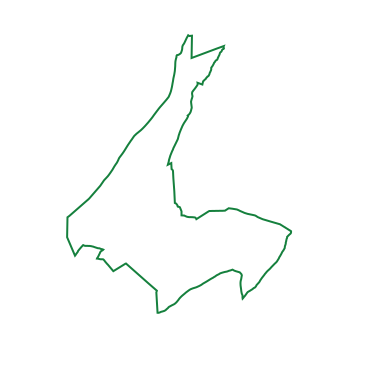 the district of Eldas, North-Eastern, Kenya, rotated 224°
{"feature_id": "3690345B40849356023427", "entity_name": "Eldas", "entity_type": "district", "adm_level": 2, "iso_a3": "KEN", "parent_name": "Kenya", "parent_adm1": "North-Eastern", "projection": "equal_earth", "projection_center": [39.451, 2.194], "detail": "fine", "context": "isolated", "style": "outline", "palette": "green", "viewbox_px": 384, "rotation_deg": 224, "n_neighbors": 0, "source": "geoboundaries", "source_scale": "gbopen_adm2", "svg_char_len": 5973}
<svg xmlns="http://www.w3.org/2000/svg" viewBox="0 0 384 384"><g transform="rotate(224 192 192)"><path d="M264.0,87.3L250.4,72.7L235.0,66.2L231.9,64.9L232.0,65.9L232.2,66.6L232.6,69.6L233.0,70.5L233.2,72.6L233.4,76.0L233.4,78.2L233.2,78.3L232.5,78.5L232.0,78.7L231.4,79.1L230.7,79.7L229.9,80.5L228.9,81.4L228.3,82.0L227.3,82.7L226.6,83.2L226.0,83.5L225.1,84.1L223.9,84.6L223.3,84.9L220.8,86.1L220.1,86.6L219.6,87.1L218.7,87.5L217.9,87.8L217.2,88.2L216.6,88.6L215.8,88.9L215.8,88.2L216.0,87.4L216.3,86.3L216.2,84.9L215.6,83.5L215.4,82.7L215.0,81.6L214.4,79.6L214.3,78.6L214.1,78.1L213.6,78.5L212.2,79.4L211.3,79.9L209.8,81.3L209.2,81.8L208.8,81.9L208.1,81.9L207.3,81.8L206.1,81.6L203.0,81.3L202.1,81.3L193.6,80.4L190.8,91.3L190.1,94.1L189.8,94.7L160.3,96.0L148.7,96.6L147.9,95.0L132.9,81.2L132.2,81.8L131.7,82.6L131.4,83.2L131.2,83.9L130.9,84.5L130.1,85.8L129.3,87.3L129.1,88.0L128.9,88.8L128.9,89.7L128.8,90.8L128.7,91.8L128.8,92.7L128.7,93.6L128.5,94.1L128.2,95.1L127.8,96.4L127.4,97.5L127.1,98.3L126.8,99.3L126.7,100.1L126.6,101.3L126.6,102.3L126.7,103.6L126.8,104.8L127.0,106.1L127.1,107.2L127.1,108.2L127.1,109.5L127.0,110.8L126.7,113.6L126.5,115.8L125.9,119.4L125.7,120.2L125.5,121.0L125.0,122.1L124.5,123.2L123.4,125.2L122.9,126.1L122.4,127.2L121.5,129.5L121.1,130.7L120.8,131.7L120.4,133.9L119.7,136.3L119.2,138.1L118.4,141.3L117.8,143.5L117.4,144.6L117.0,146.4L116.7,147.3L116.6,148.1L116.4,149.2L115.5,151.7L115.3,152.8L114.7,154.1L114.2,155.0L112.9,157.2L111.7,158.9L111.3,159.6L110.8,160.8L109.7,162.6L109.3,163.5L108.9,164.3L107.0,164.8L106.3,165.1L105.4,165.5L102.6,167.0L101.7,167.4L100.6,167.3L99.3,167.2L98.7,166.9L98.2,166.6L97.5,165.5L96.8,164.5L96.0,163.3L95.3,162.0L94.5,160.9L93.5,159.8L92.0,158.4L88.7,155.8L88.0,155.2L87.1,154.5L85.5,153.4L84.6,153.1L83.6,152.5L82.3,151.1L81.5,150.5L81.5,151.2L81.7,152.1L81.7,152.5L81.8,154.3L82.4,158.2L82.4,158.8L82.3,159.1L82.1,159.9L81.8,160.8L81.6,161.7L81.2,163.3L81.0,164.1L80.9,165.6L80.8,165.9L80.5,166.6L80.4,167.0L80.4,167.9L80.5,168.7L80.9,169.9L80.9,170.2L81.0,173.7L81.2,174.8L81.5,175.6L81.6,176.3L82.0,178.6L82.3,181.5L82.4,182.5L82.6,183.6L82.7,185.5L82.8,186.3L82.8,188.0L82.7,189.3L82.6,191.1L82.7,193.0L82.7,193.9L82.7,198.0L82.6,199.2L82.6,199.6L82.6,200.4L82.7,201.4L82.9,202.1L83.1,203.1L83.3,204.1L83.4,204.5L83.9,205.8L84.1,207.0L84.6,208.9L84.9,210.0L85.1,210.5L85.5,211.9L85.6,212.7L85.6,213.3L85.7,213.5L86.3,215.9L86.4,216.1L87.1,217.0L87.7,217.9L87.9,218.5L88.4,219.4L88.6,219.9L89.3,220.6L89.6,221.1L89.9,221.8L90.1,222.0L90.4,222.4L90.7,223.0L91.2,223.7L91.4,224.1L91.7,225.0L92.2,225.6L92.4,225.8L92.4,227.1L92.4,228.2L92.3,229.6L92.2,230.3L92.3,230.9L92.4,231.3L92.8,231.9L93.5,232.6L106.3,229.9L114.8,225.4L122.3,221.5L127.3,219.6L129.5,219.2L130.6,218.8L132.7,217.5L136.8,214.9L139.8,213.4L140.7,213.1L144.4,211.7L145.8,211.3L147.6,210.6L151.5,207.9L154.3,205.8L155.3,201.5L156.8,199.9L166.3,190.4L166.6,189.6L170.0,175.5L170.7,175.8L171.7,175.9L172.4,175.6L174.3,174.1L176.5,172.0L178.2,170.8L179.9,170.1L181.2,169.7L182.0,169.0L183.3,167.9L186.1,170.8L190.1,172.6L190.6,172.5L191.2,172.1L191.6,171.9L191.9,171.7L192.1,171.6L192.4,171.7L192.6,172.0L193.0,172.2L193.8,172.4L194.8,172.6L195.6,172.6L196.5,172.3L196.7,172.2L205.3,180.3L214.8,188.8L217.7,191.5L219.6,193.3L220.7,194.2L221.9,194.4L222.6,194.3L227.0,198.4L228.3,194.8L229.9,197.8L230.7,198.9L232.9,203.2L234.6,207.4L235.1,209.0L235.9,210.8L236.3,212.1L238.5,218.9L239.0,220.3L240.9,223.6L241.5,224.9L242.1,226.1L243.4,229.3L244.8,233.0L245.6,235.9L246.6,241.3L247.4,243.7L247.9,244.1L248.2,244.1L248.0,245.7L248.2,247.1L248.5,248.3L249.2,249.8L250.1,251.3L250.5,252.1L251.0,252.7L254.5,255.5L255.5,256.4L256.7,258.5L257.3,259.8L258.2,261.3L259.3,262.0L260.4,262.9L261.2,264.0L261.4,265.0L261.6,266.7L261.7,268.0L261.9,269.5L262.3,272.1L262.5,272.9L263.0,273.7L263.9,274.4L259.2,276.5L260.7,279.0L260.8,279.3L260.9,279.6L260.9,280.1L260.8,280.4L260.8,281.1L260.9,281.4L260.8,282.2L260.7,282.4L260.7,283.0L260.8,283.4L260.9,283.8L261.0,284.1L261.0,284.6L260.9,284.9L260.9,285.2L261.1,285.7L260.9,286.3L260.8,286.5L260.8,287.3L260.9,287.6L261.1,288.3L261.3,288.8L261.5,289.2L261.8,289.7L262.2,290.5L262.2,291.0L262.3,291.3L262.7,292.1L262.8,292.6L263.2,293.3L263.4,293.6L263.6,293.9L264.1,294.3L264.5,294.8L264.6,295.5L264.7,296.5L265.1,298.2L265.4,299.2L265.6,299.7L265.8,300.1L265.8,300.4L265.9,300.7L265.9,301.3L265.9,301.7L266.2,302.7L266.2,303.1L266.1,303.6L265.9,304.3L265.8,304.6L265.9,304.8L266.1,305.7L266.5,306.3L267.3,308.8L267.5,309.5L267.6,309.8L267.9,310.4L268.0,310.6L268.4,311.2L268.6,311.9L268.6,312.2L268.5,312.5L268.4,313.4L268.6,314.1L268.9,314.8L269.1,315.4L269.1,315.7L269.0,316.3L268.7,316.6L268.7,317.0L268.9,317.6L269.3,317.8L269.6,317.9L270.1,318.1L270.2,318.4L270.5,319.1L273.7,312.6L285.4,288.1L300.6,304.4L301.3,303.6L302.0,302.6L302.5,302.3L303.6,302.1L303.4,301.4L303.2,300.6L302.9,299.4L301.0,293.8L300.7,292.5L300.5,291.1L300.1,290.3L299.8,289.7L298.6,288.3L297.9,287.3L297.3,286.1L296.7,284.8L296.5,284.1L296.6,283.0L297.0,281.3L297.4,280.7L297.9,279.9L297.6,279.0L297.1,278.5L296.7,278.0L296.3,277.1L295.1,275.1L294.3,274.0L292.9,272.4L291.6,271.0L288.4,267.1L287.7,266.1L286.6,264.5L286.2,263.9L284.3,260.8L282.6,258.4L281.5,256.7L280.6,255.4L279.4,253.6L277.9,251.1L277.1,249.7L276.6,248.6L276.3,248.0L276.0,247.2L275.0,244.6L274.8,243.9L274.7,242.7L274.5,240.8L274.4,239.1L274.2,235.7L274.0,231.5L273.8,228.9L273.6,227.4L273.4,225.6L272.8,220.8L272.4,218.2L272.2,216.3L271.8,211.4L271.6,206.4L271.6,203.4L271.7,201.0L272.2,196.7L272.4,195.3L272.4,194.2L272.5,192.6L272.4,191.5L272.0,189.1L271.8,188.0L271.6,186.4L270.7,181.2L269.4,175.2L269.1,173.7L268.7,171.3L268.4,168.9L268.2,167.2L268.1,166.4L267.9,165.4L267.6,164.7L267.3,163.9L266.9,162.7L266.4,161.0L266.2,159.9L266.1,159.0L265.8,157.5L265.6,156.4L264.7,152.8L264.3,150.5L263.7,146.7L263.6,145.7L263.5,144.8L263.4,139.3L262.3,132.7L261.4,115.6L263.6,89.6L264.0,87.3Z" fill="none" stroke="#15803d" stroke-width="2"/></g></svg>